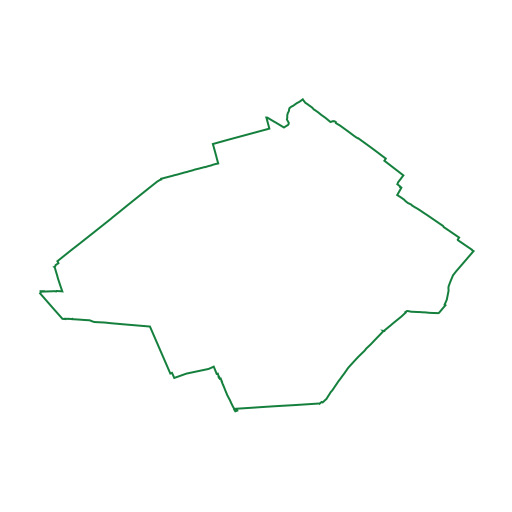 outline of Zoetermeer, Zuid-Holland, Netherlands, rotated 357°
{"feature_id": "6326949B3936656159813", "entity_name": "Zoetermeer", "entity_type": "district", "adm_level": 2, "iso_a3": "NLD", "parent_name": "Netherlands", "parent_adm1": "Zuid-Holland", "projection": "orthographic", "projection_center": [4.49, 52.062], "detail": "fine", "context": "isolated", "style": "outline", "palette": "green", "viewbox_px": 512, "rotation_deg": 357, "n_neighbors": 0, "source": "geoboundaries", "source_scale": "gbopen_adm2", "svg_char_len": 5746}
<svg xmlns="http://www.w3.org/2000/svg" viewBox="0 0 512 512"><g transform="rotate(357 256 256)"><path d="M390.7,165.5L386.0,161.6L380.3,156.8L375.7,153.0L367.0,146.0L365.9,145.1L364.8,144.2L364.4,143.8L363.8,143.8L362.2,142.7L360.5,141.4L355.7,137.4L355.0,136.8L347.7,130.9L346.0,129.6L345.9,129.5L345.7,129.5L342.7,127.4L342.8,126.5L342.2,126.0L340.9,125.4L340.5,125.4L340.1,125.6L339.7,125.4L337.4,126.1L334.9,123.8L332.4,121.5L331.6,120.9L328.2,118.2L325.6,115.8L323.8,114.4L323.2,113.9L322.9,113.7L322.2,113.2L321.8,113.0L321.6,112.8L321.0,112.2L320.6,111.6L320.1,111.1L319.9,110.8L319.7,110.6L318.6,109.7L316.3,107.9L315.5,107.2L314.0,106.1L313.6,105.8L313.1,105.4L312.7,104.7L312.3,104.2L311.4,102.9L310.9,102.0L308.2,103.8L307.9,104.0L307.6,104.1L307.2,104.4L306.3,104.8L305.7,105.1L304.8,105.5L304.3,105.8L303.8,106.1L302.9,106.7L302.4,107.0L301.7,107.5L301.4,107.7L301.2,107.8L300.4,108.2L300.1,108.3L299.7,108.5L299.3,108.6L299.0,108.8L298.6,109.1L297.4,109.9L297.3,110.0L297.2,110.1L297.1,110.3L296.9,110.8L296.7,111.5L296.6,112.3L296.5,112.6L296.4,113.0L296.1,113.6L295.3,114.8L295.3,115.0L295.2,115.3L294.9,115.9L294.8,116.5L294.7,116.7L294.6,117.1L294.5,117.9L294.5,118.1L294.5,118.8L294.5,119.1L294.5,119.4L294.4,119.7L294.3,120.3L294.0,121.1L294.0,121.3L294.2,121.7L294.3,121.9L294.7,122.7L295.0,123.3L295.5,124.4L295.6,124.5L295.7,124.8L295.6,125.0L295.6,125.3L295.4,126.0L295.2,126.4L295.1,126.5L294.8,126.8L293.2,127.7L290.6,129.1L283.2,124.1L282.7,123.7L282.2,123.5L278.9,121.3L275.6,119.1L275.2,118.8L274.6,118.4L274.4,118.4L274.1,118.3L273.6,118.3L273.7,118.6L276.0,129.5L253.2,134.4L233.6,138.6L218.8,141.9L219.3,144.1L221.5,154.1L222.0,156.7L223.1,161.6L222.1,161.8L220.6,162.0L219.7,162.2L218.7,162.4L218.2,162.5L217.0,162.9L216.5,163.0L215.7,163.3L215.3,163.3L215.0,163.4L214.6,163.5L213.7,163.6L212.6,163.9L211.3,164.2L210.4,164.5L210.1,164.5L209.9,164.6L208.7,164.6L207.2,165.0L206.7,165.1L206.1,165.2L205.3,165.3L205.1,165.4L204.7,165.5L203.8,165.7L202.8,165.9L202.7,165.9L201.5,166.1L199.9,166.4L199.4,166.5L198.0,166.9L197.4,167.1L196.9,167.2L195.5,167.5L193.5,167.9L193.1,168.0L192.7,168.1L192.1,168.3L191.9,168.4L190.4,168.6L188.8,168.9L185.4,169.7L182.3,170.4L181.4,170.6L180.4,170.8L180.0,170.8L179.7,170.9L178.6,171.1L176.1,171.7L175.7,171.8L174.5,172.0L165.3,173.9L165.4,174.6L164.1,175.0L161.4,176.4L152.5,182.7L129.7,199.1L121.2,205.3L117.2,208.2L114.4,210.2L113.7,210.8L109.8,213.6L108.7,214.4L107.8,215.0L98.4,221.7L93.5,225.2L90.9,227.0L89.4,228.1L80.2,234.6L71.6,240.6L57.4,250.8L58.1,252.1L58.3,252.9L55.5,254.5L55.4,254.7L55.4,254.8L55.3,255.1L55.2,255.3L55.1,255.5L54.8,255.8L54.7,256.0L54.3,256.3L54.0,256.4L54.1,256.5L54.3,256.7L54.3,256.8L54.6,257.5L55.5,261.4L56.4,265.0L57.0,267.9L59.4,276.7L60.2,279.4L60.7,281.2L60.2,281.1L57.4,280.8L55.1,280.5L54.5,281.0L53.6,280.6L40.8,280.4L41.2,280.0L39.0,279.9L38.9,281.8L38.5,282.1L49.0,295.5L52.0,299.3L59.4,308.6L62.3,309.0L62.3,308.7L65.5,309.0L65.6,308.9L68.9,309.4L69.3,309.1L69.5,309.2L69.9,309.6L71.3,309.7L73.1,309.9L74.0,310.0L77.2,310.4L78.1,310.5L80.3,310.8L86.5,311.5L90.0,313.1L90.7,313.3L91.4,313.5L101.2,314.5L108.1,315.6L121.7,317.5L146.4,320.9L164.3,368.9L166.0,368.3L168.0,373.5L180.4,369.8L202.8,366.3L208.0,364.3L210.6,371.7L211.7,371.5L212.0,372.7L212.5,374.3L212.5,374.7L212.3,374.8L212.5,375.4L213.0,375.2L213.3,376.3L213.5,376.8L214.3,376.5L215.0,378.5L215.1,378.9L215.3,379.3L215.4,379.6L215.2,379.7L216.4,383.2L216.5,383.2L217.0,384.7L217.2,385.3L217.6,386.4L218.0,387.7L218.9,390.3L219.5,391.9L219.7,392.7L221.5,396.7L221.9,397.5L222.6,399.1L223.5,401.5L224.0,402.6L224.9,404.8L225.5,406.0L226.5,408.0L226.2,408.2L227.2,410.0L229.2,409.4L228.3,407.5L245.7,407.3L250.9,407.2L267.2,407.0L287.6,406.9L311.7,406.6L311.8,406.8L313.9,405.2L314.9,405.7L315.5,405.2L318.5,402.7L318.8,402.5L319.0,402.3L319.1,402.1L320.4,400.2L321.8,398.3L322.9,396.7L323.3,396.1L323.6,395.7L324.0,395.4L324.9,394.4L325.6,393.6L326.1,393.0L326.8,392.0L330.8,386.7L331.6,385.6L333.0,384.0L334.5,382.2L335.6,380.8L338.2,377.7L339.1,376.5L340.0,375.4L341.7,373.1L342.0,372.8L342.9,371.8L343.4,371.3L344.1,370.6L350.4,364.4L352.9,362.0L356.8,358.6L358.2,357.4L358.9,356.8L359.2,356.5L359.7,356.0L360.5,355.1L361.0,354.5L361.6,353.9L365.9,350.3L366.5,349.7L370.4,346.0L377.7,339.2L378.6,338.3L378.9,338.0L379.0,337.9L379.5,337.8L379.2,337.5L379.7,337.6L382.1,335.8L383.9,334.5L384.9,333.7L386.5,332.6L388.4,331.1L390.0,329.9L398.4,323.8L400.5,322.0L402.5,320.4L402.2,319.9L402.8,319.5L403.3,319.2L403.5,319.0L403.9,318.9L404.2,318.9L404.4,318.9L404.6,318.9L404.8,318.9L405.2,319.0L407.4,319.6L407.9,319.7L408.3,319.8L410.6,320.0L411.5,320.1L413.5,320.3L415.5,320.5L417.2,320.6L417.8,320.7L418.3,320.8L418.8,320.9L420.3,321.0L422.5,321.2L424.6,321.6L427.8,322.0L432.7,322.4L434.9,322.6L435.1,322.6L435.6,322.4L435.8,322.2L436.0,322.1L440.3,317.5L442.6,315.1L441.8,314.5L444.2,309.7L444.4,309.0L445.5,304.7L446.4,301.1L446.5,300.5L446.5,298.0L446.6,297.1L446.7,296.8L446.8,296.3L447.3,295.2L447.6,294.4L448.9,291.5L451.7,285.6L451.8,285.5L455.3,281.5L460.9,275.7L468.8,267.4L473.5,262.5L472.1,261.5L472.0,261.1L458.5,250.8L458.3,250.3L459.8,248.2L446.0,237.7L444.9,236.9L444.5,235.9L429.6,224.5L428.4,223.6L428.1,223.4L427.0,222.6L424.7,220.9L421.8,218.7L420.4,217.7L420.1,217.5L419.1,216.8L417.5,215.8L417.1,215.6L415.5,214.4L415.3,214.3L415.1,214.2L414.9,214.1L414.8,213.9L414.6,213.8L413.8,212.9L413.7,212.8L413.5,212.7L413.4,212.6L411.2,211.4L410.6,211.1L410.0,210.6L409.6,210.3L409.0,209.8L408.4,209.2L408.2,209.0L407.9,208.7L407.6,208.4L407.2,207.9L407.1,207.7L406.9,207.5L403.7,205.0L400.2,202.5L404.7,195.5L403.6,194.8L403.9,194.4L400.9,191.7L401.8,189.8L407.4,183.2L389.2,167.6L390.7,165.5Z" fill="none" stroke="#15803d" stroke-width="2"/></g></svg>